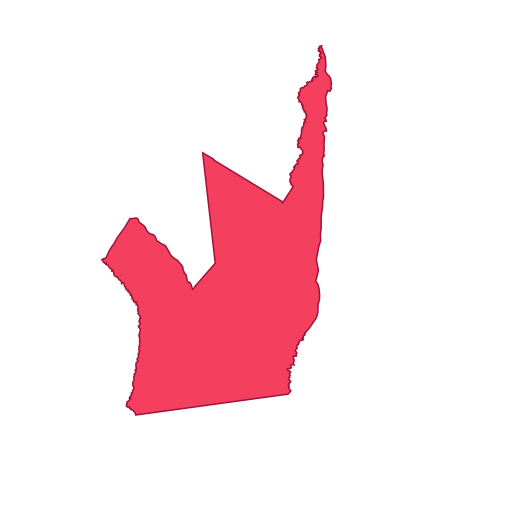 Shangombo, Western, Zambia, rotated 223°
{"feature_id": "96606910B19262681040951", "entity_name": "Shangombo", "entity_type": "district", "adm_level": 2, "iso_a3": "ZMB", "parent_name": "Zambia", "parent_adm1": "Western", "projection": "natural_earth1", "projection_center": [22.677, -16.496], "detail": "fine", "context": "isolated", "style": "filled", "palette": "rose", "viewbox_px": 512, "rotation_deg": 223, "n_neighbors": 0, "source": "geoboundaries", "source_scale": "gbopen_adm2", "svg_char_len": 6115}
<svg xmlns="http://www.w3.org/2000/svg" viewBox="0 0 512 512"><g transform="rotate(223 256 256)"><path d="M235.5,57.7L138.3,176.9L138.4,181.1L141.6,181.6L142.7,182.3L142.5,183.2L144.4,183.6L144.4,184.7L144.9,185.1L144.4,185.5L144.8,186.0L144.9,187.9L148.0,188.0L147.8,188.4L149.0,189.5L148.6,190.5L149.5,190.9L149.7,192.1L151.3,192.7L151.5,194.8L153.2,194.8L154.9,194.0L156.0,194.6L155.1,196.2L154.1,197.0L154.0,198.6L155.9,199.2L156.1,199.8L155.9,200.6L153.8,202.4L155.8,203.0L156.0,204.1L157.1,206.1L158.0,206.0L158.9,207.0L160.3,207.5L160.3,208.7L158.8,209.3L158.2,210.4L160.0,211.9L159.8,212.9L162.9,213.7L163.1,216.8L164.7,217.8L165.2,218.8L165.2,219.6L164.5,220.1L165.0,221.1L165.7,221.6L165.6,222.5L166.2,223.9L164.3,226.7L164.7,227.6L166.3,227.4L165.9,228.6L166.9,230.0L166.4,231.4L166.7,232.2L167.3,232.2L168.0,233.1L167.6,233.7L167.9,240.3L169.7,251.9L172.2,256.8L177.5,262.9L180.0,267.6L183.1,271.1L187.7,275.2L191.6,277.6L194.8,278.2L195.3,278.6L200.5,288.1L208.3,293.6L209.8,295.1L216.7,306.1L219.3,311.6L222.4,314.4L225.2,317.7L226.3,319.6L235.4,329.6L241.0,337.5L244.7,341.8L246.5,344.8L256.0,354.8L264.3,361.9L266.8,364.8L268.8,368.1L272.8,370.9L274.9,374.7L274.2,375.0L274.5,376.2L276.0,376.6L278.9,380.5L282.9,384.6L287.6,390.4L289.4,390.6L291.3,391.8L291.0,394.0L289.7,395.6L291.3,396.8L297.3,399.3L297.9,401.5L296.5,402.5L297.6,403.3L300.0,403.9L299.9,406.4L300.3,407.5L302.5,409.2L303.0,410.5L305.5,413.1L308.5,415.2L313.5,419.7L316.5,426.0L314.3,426.7L315.1,430.1L316.8,430.9L318.2,433.4L321.9,436.3L325.0,437.5L327.8,437.4L331.4,438.4L334.6,442.8L341.2,448.9L351.6,454.0L351.6,454.3L351.8,454.1L351.6,453.1L352.4,453.0L352.4,452.2L351.8,451.7L351.9,450.4L350.9,450.6L350.6,448.8L349.9,448.5L349.6,449.4L349.0,449.1L348.3,449.5L348.1,448.7L347.5,448.4L346.7,448.9L346.5,448.6L346.9,448.0L346.4,447.3L347.0,446.7L345.9,445.3L344.5,446.0L344.1,445.6L343.4,445.8L343.7,443.5L344.2,442.5L343.9,442.0L342.4,441.6L341.9,440.0L342.0,437.6L341.2,436.9L340.5,435.2L339.7,434.6L338.5,435.2L337.9,434.9L337.8,433.6L338.8,432.6L338.7,431.7L338.2,431.4L336.8,431.7L337.3,431.1L336.5,429.1L335.6,429.2L335.4,430.4L333.4,429.9L334.5,426.7L334.8,426.7L335.1,427.4L336.2,426.0L335.4,423.1L334.7,423.4L334.1,422.5L334.9,422.3L334.9,421.3L336.2,418.8L337.1,418.4L337.0,417.1L336.1,417.1L335.4,416.1L335.8,414.1L336.4,413.4L335.9,411.8L336.7,410.7L337.4,410.5L337.7,408.5L335.7,406.6L336.3,404.8L335.6,403.7L334.8,403.8L334.4,403.1L333.9,403.4L333.7,403.1L333.7,402.3L334.0,402.0L333.4,400.1L332.6,400.2L331.2,399.2L330.3,399.4L329.6,398.2L328.7,399.1L327.3,399.0L325.5,397.7L325.0,398.2L324.1,398.1L324.2,397.4L323.6,397.2L323.6,396.6L323.0,396.5L322.9,396.0L322.2,396.1L320.3,394.9L319.1,395.5L318.8,394.4L318.1,394.7L316.7,394.2L316.0,393.3L315.4,393.5L314.1,392.6L313.8,391.1L313.2,390.6L313.6,388.6L312.7,388.8L311.7,388.0L311.5,387.2L312.2,387.3L312.2,386.9L311.4,385.3L310.0,383.7L309.7,382.8L309.9,381.4L309.2,381.3L309.1,379.9L308.3,379.3L308.1,378.3L307.0,377.6L304.8,373.8L304.4,373.7L304.5,372.9L303.4,372.4L303.7,371.7L304.9,371.4L304.0,368.7L303.1,368.1L302.4,368.6L301.8,368.3L301.6,367.9L301.9,366.2L300.6,365.0L299.5,364.8L299.6,364.2L299.0,364.0L298.4,365.6L297.9,365.9L296.4,365.1L293.6,364.8L292.9,363.6L291.8,363.3L291.5,361.4L292.0,361.2L292.5,359.3L292.1,358.6L290.8,358.3L290.5,357.6L291.1,356.4L290.9,353.4L290.0,353.0L289.3,353.7L288.5,352.6L288.5,351.7L289.2,351.1L289.1,346.8L288.6,346.5L288.3,347.3L287.8,346.9L287.6,345.8L287.2,345.4L287.3,342.7L286.5,341.8L287.2,340.5L287.2,339.5L286.6,338.5L285.3,338.5L284.9,337.8L283.9,337.5L283.6,335.5L281.9,333.4L280.3,333.5L279.8,332.4L279.0,332.8L278.0,332.1L276.2,332.3L272.8,313.0L274.6,313.5L351.3,297.6L353.6,297.8L365.4,295.1L280.9,222.9L279.9,192.1L279.3,189.3L279.8,188.4L284.0,190.8L286.6,191.6L287.4,190.5L289.2,190.9L294.0,194.4L296.8,194.8L300.3,196.3L301.2,197.5L303.8,198.5L310.3,199.2L314.4,198.4L318.8,198.5L329.2,201.8L334.5,200.2L337.6,200.0L338.7,199.3L342.0,201.0L343.9,201.6L345.6,201.6L349.1,199.8L352.9,199.9L356.9,201.6L360.1,201.6L364.0,201.0L368.3,202.7L369.9,201.7L372.6,198.2L373.7,197.6L371.4,186.9L370.1,175.3L368.1,167.2L367.9,164.5L366.8,159.3L364.4,152.2L366.2,148.9L366.1,147.9L365.0,148.3L363.9,148.1L363.4,147.3L362.0,148.2L362.0,147.6L361.6,147.6L361.1,148.4L360.4,148.3L360.8,147.8L360.1,147.4L357.6,148.3L354.8,147.4L352.4,147.9L351.7,147.1L351.2,147.6L351.1,147.2L350.8,147.9L350.3,147.1L349.0,147.1L347.0,145.3L345.4,145.1L343.2,146.1L342.8,145.7L342.1,146.1L341.7,145.6L339.6,145.3L338.5,145.8L336.5,145.1L335.4,144.1L335.4,145.6L334.6,146.3L331.7,144.3L330.4,144.4L329.9,143.6L328.5,143.5L327.8,142.8L326.0,143.9L325.9,143.1L325.1,142.6L324.5,142.9L323.5,142.7L323.4,143.0L322.5,142.4L321.4,142.7L321.1,142.0L320.8,142.4L320.4,141.9L319.7,142.1L318.5,140.9L317.4,141.1L317.0,139.9L315.1,140.3L314.5,139.2L313.2,139.9L312.6,139.4L311.8,140.6L310.3,138.6L308.9,139.3L307.2,138.2L307.2,137.7L306.1,136.9L306.0,136.0L305.1,135.9L304.9,135.2L303.6,134.7L303.1,133.4L300.7,133.2L299.0,132.2L298.6,132.4L297.9,131.7L298.3,130.7L297.3,130.2L297.5,129.5L297.0,129.1L297.0,128.4L295.0,127.8L294.2,127.0L294.4,126.5L293.8,125.4L294.2,124.8L293.3,123.9L290.9,123.7L289.3,121.8L289.3,121.3L288.4,119.6L287.6,119.4L287.7,118.2L284.1,115.8L283.3,114.2L282.7,114.3L281.6,113.2L280.7,111.5L279.8,110.8L279.8,110.1L279.5,110.3L278.5,109.2L278.7,108.8L278.0,107.6L276.1,107.0L276.2,106.0L275.7,105.7L275.0,103.4L273.0,102.2L272.8,101.3L273.1,100.3L272.3,99.2L271.0,99.0L271.3,98.7L270.6,97.4L270.8,95.9L268.5,93.3L267.3,92.6L266.9,91.9L266.4,92.0L266.5,90.0L264.9,89.7L264.4,86.2L263.3,85.9L263.0,84.2L260.4,82.0L260.5,81.3L259.4,78.7L257.8,77.7L257.7,77.1L257.1,77.1L257.2,77.4L256.8,76.9L256.1,77.0L254.8,75.8L255.1,75.4L254.5,74.5L254.5,73.5L253.5,72.2L253.6,70.4L252.5,70.0L252.6,69.5L252.1,68.9L252.4,67.4L251.7,67.1L251.7,65.6L251.1,65.4L250.8,66.2L250.3,65.8L250.3,62.9L250.9,61.8L250.1,60.0L249.0,59.4L249.1,58.6L248.7,58.0L247.0,57.8L245.7,59.1L245.6,58.6L243.1,58.4L243.1,58.9L242.0,58.7L241.6,59.2L240.2,59.4L239.8,59.0L237.3,58.8L235.5,57.7Z" fill="#f43f5e" stroke="#9f1239" stroke-width="1.5"/></g></svg>